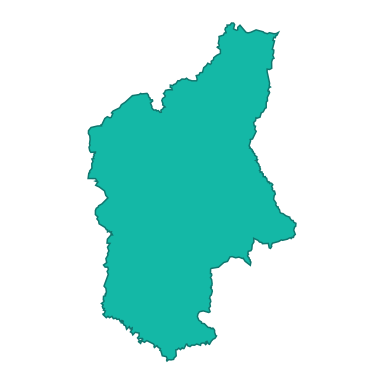 Aguililla, Michoacán, Mexico (Albers equal-area conic projection)
{"feature_id": "50627088B97864813450570", "entity_name": "Aguililla", "entity_type": "district", "adm_level": 2, "iso_a3": "MEX", "parent_name": "Mexico", "parent_adm1": "Michoacán", "projection": "albers", "projection_center": [-102.767, 18.779], "detail": "fine", "context": "isolated", "style": "filled", "palette": "teal", "viewbox_px": 384, "rotation_deg": 0, "n_neighbors": 0, "source": "geoboundaries", "source_scale": "gbopen_adm2", "svg_char_len": 5981}
<svg xmlns="http://www.w3.org/2000/svg" viewBox="0 0 384 384"><path d="M295.9,223.3L293.9,222.4L293.1,220.5L291.6,220.4L289.9,218.2L289.8,217.2L285.9,215.8L283.0,213.6L281.2,213.3L280.1,212.5L279.4,209.6L278.4,208.5L278.0,206.8L276.9,206.7L275.8,204.9L276.1,203.1L273.6,199.4L274.2,195.6L275.3,194.1L274.5,191.1L273.6,191.4L272.1,189.2L272.6,188.3L271.6,186.5L272.8,184.8L271.7,183.4L270.6,183.0L269.6,183.4L269.4,182.1L268.3,182.3L268.4,181.7L267.2,181.1L266.7,178.3L265.0,177.2L265.2,176.6L263.2,176.6L263.2,173.9L262.4,173.9L261.9,171.9L260.3,172.2L260.4,171.2L259.5,170.6L260.5,169.1L259.8,168.0L260.1,166.9L259.1,166.1L258.8,164.2L256.7,161.9L257.0,160.9L255.8,160.5L257.5,159.6L256.6,158.7L256.9,156.8L254.6,155.2L254.7,153.7L253.2,152.6L253.2,151.4L252.3,151.2L252.3,150.0L251.4,149.0L249.6,148.0L250.1,147.4L249.1,145.9L250.6,140.8L250.2,139.5L252.5,139.0L256.2,131.3L254.7,129.3L255.5,126.2L254.2,125.8L253.6,122.5L255.5,120.7L256.0,117.8L257.0,118.2L260.0,117.2L261.2,112.9L263.2,111.8L265.0,108.4L266.2,107.8L266.2,103.1L266.5,101.6L267.5,100.9L267.3,97.4L269.6,92.6L269.1,91.2L268.3,91.5L267.9,90.5L269.0,87.7L270.4,87.0L269.2,86.1L269.6,83.3L267.1,71.7L267.1,69.1L269.5,69.5L271.7,68.3L271.6,61.9L272.5,59.1L274.0,58.3L272.7,55.1L273.6,53.0L273.8,50.1L272.3,49.4L274.5,40.9L272.9,40.4L273.8,37.3L275.3,37.7L275.9,35.6L277.0,35.2L278.4,32.4L276.2,33.6L273.7,33.7L269.5,32.7L267.4,33.7L264.3,32.8L263.2,31.8L256.1,29.9L250.7,32.3L248.0,32.9L246.0,32.3L240.0,25.2L237.8,27.3L237.7,29.8L236.5,30.3L233.5,28.9L234.6,24.6L233.6,23.1L231.5,23.0L230.0,25.0L227.0,25.1L227.3,26.8L225.6,27.7L225.0,29.4L226.1,32.7L224.4,33.0L223.4,35.1L219.0,36.5L219.2,39.0L218.3,43.5L219.1,44.5L219.2,45.7L218.6,46.7L217.5,46.8L217.2,47.3L220.4,49.6L220.4,53.5L216.8,55.3L213.8,57.6L213.4,59.8L211.2,61.3L211.4,63.3L210.3,64.4L207.8,63.2L206.4,65.5L203.7,67.7L202.5,72.4L200.0,72.7L199.0,74.9L196.2,75.6L197.2,79.2L196.6,80.8L191.9,80.8L188.5,79.8L186.5,78.2L185.0,79.2L181.9,79.0L179.6,80.8L177.9,80.7L175.9,83.7L173.6,84.6L172.7,85.6L170.3,85.1L170.3,87.6L171.7,87.8L172.2,89.8L168.5,89.7L165.5,90.4L164.5,92.7L163.5,93.4L165.3,95.9L164.9,96.9L162.6,98.5L161.8,100.5L162.9,103.5L162.7,104.9L165.1,107.0L163.4,107.7L163.0,108.7L160.9,110.2L161.3,112.2L160.0,112.4L158.4,110.6L156.5,110.8L156.0,109.9L153.8,110.1L153.0,109.3L151.7,107.6L151.9,106.5L150.4,103.0L152.7,101.0L152.4,99.8L150.3,99.8L150.0,98.0L148.7,96.9L148.3,95.0L147.0,93.4L141.7,93.9L140.7,93.4L139.0,94.6L132.4,95.6L125.2,102.2L121.4,104.7L119.7,107.8L113.1,111.0L111.5,112.9L112.8,113.6L111.2,117.4L109.9,117.8L107.3,116.7L104.8,118.5L101.9,124.6L101.0,124.9L101.4,125.8L97.4,126.0L91.0,127.5L88.5,130.6L88.4,133.5L89.8,135.8L90.1,139.6L89.5,143.8L90.0,145.2L89.0,147.2L89.7,150.7L90.9,152.4L95.5,152.0L95.4,153.0L94.5,153.1L93.9,154.3L94.3,155.7L93.5,156.3L93.3,157.6L93.8,158.6L91.9,159.0L93.0,161.5L91.8,163.6L91.9,168.3L89.6,171.1L89.7,172.7L88.8,173.1L88.1,178.5L95.5,178.6L96.9,180.6L95.4,181.1L97.9,182.1L95.7,185.3L99.3,187.0L104.5,190.9L105.8,195.4L107.9,197.9L101.9,203.9L98.6,205.8L98.1,207.1L96.3,208.3L95.4,210.5L95.4,214.6L97.9,217.0L96.9,218.9L98.6,220.9L99.1,223.8L105.0,227.4L106.4,229.7L107.5,230.0L107.5,231.9L109.4,231.1L110.0,232.2L111.4,231.9L111.0,233.7L111.9,233.8L112.5,234.9L111.0,235.0L107.4,239.2L107.0,243.1L110.0,243.4L107.5,247.2L108.9,250.9L107.5,253.7L108.0,254.6L107.6,255.8L105.9,258.5L106.7,262.6L103.5,265.0L105.1,267.1L107.7,267.2L108.4,269.4L107.1,271.4L108.3,274.3L104.0,286.1L105.9,288.3L106.4,292.0L105.8,294.1L105.4,293.8L105.1,294.5L105.4,295.8L103.5,296.3L103.3,299.9L103.9,300.3L103.9,301.6L101.4,303.5L103.2,305.0L102.3,306.4L102.9,308.2L104.3,308.5L103.4,310.1L105.4,311.0L104.1,313.9L103.1,313.9L103.0,314.5L106.3,317.7L108.0,316.3L109.5,317.7L111.9,316.4L113.4,318.7L115.9,318.2L116.9,319.4L119.1,319.1L120.2,321.3L121.5,320.5L122.8,320.7L123.2,321.6L121.3,322.1L121.1,322.7L123.3,323.3L124.0,325.1L125.6,325.7L126.6,329.3L129.3,326.7L130.3,329.0L132.2,327.9L132.1,329.3L130.4,331.9L132.0,333.0L132.8,334.9L135.2,332.3L139.1,333.1L139.1,336.0L137.5,337.9L138.6,339.2L140.5,338.4L142.3,338.4L142.8,339.1L141.0,340.8L139.0,340.8L138.5,341.7L140.6,343.4L141.3,341.5L142.7,341.3L144.5,342.3L146.8,340.6L153.6,344.0L154.4,345.7L154.0,346.7L154.4,347.5L156.9,345.7L158.2,347.4L160.4,348.6L159.8,350.2L160.9,350.9L162.3,355.8L166.2,356.6L167.1,358.4L166.6,360.2L167.0,361.0L168.7,359.6L171.0,359.9L173.6,359.4L174.0,358.1L176.2,355.9L175.8,349.9L177.3,349.6L178.8,348.2L180.5,349.6L182.2,347.8L183.1,348.6L184.0,348.5L186.3,344.1L187.1,344.2L187.7,345.7L190.0,346.6L191.8,345.1L194.6,345.2L196.7,344.0L200.5,345.3L201.0,343.5L202.4,343.0L204.3,343.1L205.7,344.6L206.5,343.6L205.8,342.0L207.0,341.3L208.4,343.8L209.5,344.3L211.3,341.1L213.2,339.1L214.9,338.4L216.2,336.5L216.5,335.9L215.7,335.5L214.6,332.4L214.6,330.3L213.6,328.8L212.9,328.1L212.2,328.8L211.6,328.3L211.0,328.6L210.2,327.6L208.0,327.4L204.4,323.7L201.6,323.2L201.4,321.9L198.9,320.3L197.4,316.7L197.9,314.1L199.4,311.8L203.3,310.9L208.8,312.5L210.1,311.7L208.9,308.2L210.4,306.2L209.8,303.5L210.8,301.6L210.3,299.1L209.5,298.5L210.2,295.9L211.3,295.0L212.3,291.2L212.0,289.8L210.7,288.2L210.6,287.6L211.3,287.5L211.0,286.2L211.9,285.6L212.1,283.6L211.6,279.5L210.4,277.7L211.8,275.2L211.5,273.8L210.5,273.6L210.6,269.1L211.2,268.4L218.5,267.2L223.8,262.5L227.5,261.4L230.0,256.9L232.2,256.6L235.7,257.8L238.9,257.1L242.4,258.5L243.2,258.2L245.1,261.3L250.3,265.3L250.9,262.0L250.3,261.6L250.1,259.8L249.2,259.0L249.1,257.9L247.7,256.4L247.6,255.3L248.5,254.2L247.8,253.4L248.3,251.3L250.9,250.7L251.8,249.2L252.2,244.7L253.9,242.0L253.7,238.3L258.0,240.3L259.5,242.0L261.8,242.5L262.4,243.7L268.3,243.4L269.2,247.8L270.5,248.4L271.7,246.5L271.4,245.1L272.4,243.2L278.7,241.5L281.4,239.9L282.5,240.3L287.3,239.2L289.6,237.9L290.5,237.8L291.1,238.5L292.1,237.2L292.9,237.6L293.6,237.1L293.9,235.7L295.3,234.4L293.7,230.1L294.6,227.0L295.7,226.3L295.9,223.3Z" fill="#14b8a6" stroke="#0f766e" stroke-width="1.5"/></svg>